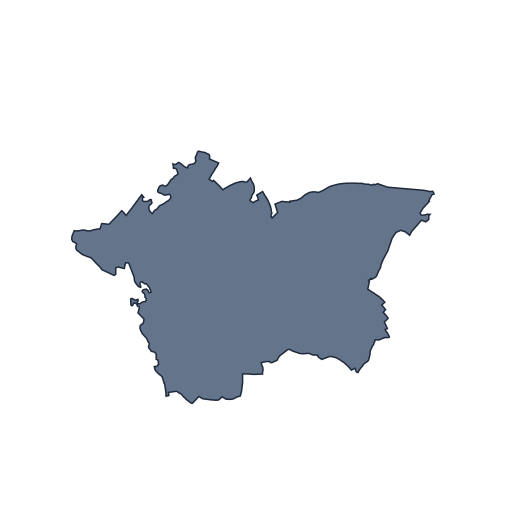 outline of Secuieni, Harghita, Romania, rotated 131°
{"feature_id": "2599482B24162569897100", "entity_name": "Secuieni", "entity_type": "district", "adm_level": 2, "iso_a3": "ROU", "parent_name": "Romania", "parent_adm1": "Harghita", "projection": "orthographic", "projection_center": [24.945, 46.276], "detail": "fine", "context": "isolated", "style": "filled", "palette": "slate", "viewbox_px": 512, "rotation_deg": 131, "n_neighbors": 0, "source": "geoboundaries", "source_scale": "gbopen_adm2", "svg_char_len": 6141}
<svg xmlns="http://www.w3.org/2000/svg" viewBox="0 0 512 512"><g transform="rotate(131 256 256)"><path d="M290.9,138.5L283.6,134.6L281.9,132.3L280.1,128.6L279.3,124.4L278.7,119.5L278.9,112.8L279.6,109.2L275.7,107.6L277.4,105.1L277.5,103.5L277.0,102.5L275.4,103.0L271.8,103.5L269.0,103.4L266.9,103.8L262.3,102.7L261.0,102.7L258.5,103.8L255.7,105.3L253.3,107.1L251.6,107.9L248.7,108.7L245.3,109.3L244.2,110.0L242.8,110.1L241.8,111.0L241.1,111.1L238.4,107.8L235.8,106.8L232.5,104.8L231.4,103.3L230.6,102.5L229.7,102.2L229.4,102.4L227.8,106.5L227.4,108.9L226.8,110.3L224.6,109.2L222.6,113.6L221.7,115.7L221.3,115.9L219.0,115.5L216.2,115.5L215.7,118.4L215.4,119.6L215.0,123.1L211.5,123.0L211.0,125.4L210.5,129.0L208.1,128.6L206.3,128.5L205.9,134.1L205.9,136.5L207.7,149.9L200.9,153.7L200.5,155.2L198.2,154.0L197.7,154.7L197.3,154.4L197.7,153.7L197.6,153.4L195.7,152.6L194.2,152.1L192.7,151.8L191.5,152.0L187.8,153.3L182.6,154.6L180.8,155.8L175.3,157.7L165.4,160.0L153.1,165.0L146.3,165.8L141.7,163.6L139.8,159.2L139.5,153.6L135.5,154.6L120.4,154.6L118.8,150.2L115.7,149.6L114.8,149.7L112.3,152.0L110.4,152.0L112.4,154.4L114.6,155.7L116.4,157.7L116.7,158.6L115.8,160.4L110.3,161.3L101.0,161.0L101.0,161.8L94.5,163.4L92.3,162.3L91.2,165.0L93.2,166.9L95.8,171.6L97.0,173.4L117.5,201.5L118.3,203.2L121.7,211.8L122.0,211.8L124.0,212.9L125.0,214.6L126.2,214.8L126.9,215.5L127.4,216.9L128.1,218.2L129.5,219.9L130.6,221.5L131.6,223.6L132.2,224.4L133.3,225.5L136.5,229.6L141.6,235.3L144.2,237.9L147.6,240.9L153.9,245.2L156.7,246.5L161.7,248.1L166.1,250.0L167.5,251.2L168.8,253.4L170.3,255.2L173.2,257.5L177.9,259.2L183.1,260.0L187.0,261.7L192.6,266.5L193.2,265.8L197.9,272.4L204.4,275.7L209.0,268.2L216.7,268.8L216.0,271.1L213.2,272.2L212.1,273.9L210.9,275.1L209.5,277.0L208.5,278.6L206.2,283.5L204.9,287.2L204.6,288.7L203.0,293.3L209.6,295.4L210.7,292.9L212.0,291.0L215.3,292.5L217.5,293.0L217.7,294.3L218.2,296.9L217.3,297.5L214.9,297.7L214.4,298.2L212.8,298.9L209.1,299.4L207.6,300.3L205.1,302.6L204.2,303.9L203.5,305.0L201.9,309.3L200.8,311.3L205.8,311.4L206.6,311.7L207.0,312.0L208.2,314.6L209.7,316.2L214.5,319.5L220.1,322.0L226.5,324.2L227.8,324.4L227.2,329.1L226.7,337.5L228.2,337.6L228.8,341.8L223.5,342.9L217.8,343.7L217.3,344.0L214.0,344.2L210.3,345.2L213.3,354.8L212.1,355.5L210.4,357.3L210.3,357.7L210.4,358.9L211.7,363.2L212.3,363.8L214.5,368.1L215.2,368.3L216.2,368.3L218.0,367.4L220.4,366.9L221.6,366.3L222.3,365.7L223.5,364.0L224.3,363.4L225.0,363.2L226.9,363.3L228.5,364.3L230.2,365.9L231.1,366.3L232.0,366.4L233.3,366.1L234.3,365.4L235.2,367.2L235.6,369.5L235.5,372.7L235.8,374.7L236.0,375.3L236.3,375.9L236.9,376.2L238.2,376.2L239.5,376.7L240.5,377.8L241.0,379.1L244.0,375.7L243.0,374.9L242.6,373.7L242.9,372.5L243.2,371.8L244.7,369.6L245.2,368.7L245.8,368.7L249.5,369.8L251.7,369.5L253.4,370.1L254.7,370.2L259.5,369.5L261.7,369.8L262.7,370.2L263.2,370.7L263.4,371.4L263.4,372.3L263.7,373.0L265.2,374.0L266.4,374.4L267.5,374.4L271.1,373.2L271.8,372.5L272.1,371.6L271.9,370.5L271.3,369.5L270.8,368.2L270.3,365.6L270.0,364.9L269.4,364.3L266.6,362.1L266.2,361.3L266.3,360.5L267.0,359.5L267.8,358.7L268.8,358.3L271.2,358.4L272.5,358.7L273.6,359.2L276.6,359.8L280.8,361.5L281.9,361.8L285.3,361.6L288.2,362.4L289.4,362.4L291.8,362.0L292.2,362.6L292.2,363.3L291.7,365.9L291.3,366.9L289.6,368.8L288.9,369.3L287.9,369.6L285.1,369.2L284.0,369.5L283.6,370.1L283.4,371.1L282.6,371.4L282.3,371.7L282.3,372.3L282.8,372.9L284.1,373.4L284.9,373.3L286.0,373.8L287.6,375.4L288.7,377.0L288.7,377.8L288.4,378.2L286.4,380.1L285.9,380.2L285.5,379.3L285.3,379.2L284.8,381.8L284.8,382.5L300.7,381.2L310.7,380.6L309.9,384.9L309.9,387.1L315.5,387.1L328.4,387.8L328.7,388.0L332.2,393.0L332.6,393.6L332.9,393.7L337.9,391.5L339.8,393.5L342.2,395.3L346.4,398.1L347.0,399.0L347.9,400.0L348.1,400.9L349.3,402.9L350.7,404.4L352.4,405.6L355.0,408.0L356.1,409.8L361.4,408.0L362.5,407.4L364.3,406.0L365.0,404.5L365.3,403.6L364.7,401.7L364.5,400.1L364.7,399.4L365.0,399.0L366.6,398.4L368.3,397.1L369.3,395.0L369.1,393.8L368.9,388.4L367.1,383.0L366.0,380.6L365.6,378.2L366.4,371.1L366.7,366.5L367.4,363.3L363.8,350.4L361.9,349.8L356.9,354.1L354.4,352.6L354.1,351.4L351.8,347.2L348.6,349.0L346.6,349.9L344.8,347.5L352.2,333.6L352.9,333.2L354.8,330.9L355.7,327.8L356.1,325.8L356.0,323.9L355.3,322.5L354.5,323.0L353.5,325.2L352.3,325.7L351.0,325.7L350.2,324.9L350.0,321.6L349.2,320.9L348.9,319.8L349.9,315.4L350.8,313.9L351.4,312.5L352.1,311.6L353.0,311.8L353.9,312.6L353.6,313.5L352.9,314.6L352.8,316.0L352.9,317.2L355.6,319.0L357.1,318.9L357.8,318.0L357.6,316.3L358.0,314.8L358.8,313.8L360.0,312.7L360.0,311.6L360.5,310.5L361.7,309.7L362.9,309.7L364.8,311.2L366.2,311.9L368.1,312.2L369.1,313.4L369.2,314.6L368.8,315.3L367.6,315.4L366.6,315.9L366.2,316.7L366.8,317.2L368.2,317.5L368.6,318.5L369.4,321.8L370.3,322.4L371.1,322.0L374.8,318.5L375.2,317.8L374.9,316.9L373.9,316.7L371.9,317.4L370.9,316.5L370.6,315.1L370.9,313.9L371.7,312.3L370.9,311.3L371.1,310.4L376.4,307.7L377.0,299.4L378.6,298.1L380.8,297.0L384.4,297.8L386.9,295.9L388.4,292.9L389.2,290.7L389.6,287.5L389.8,285.1L390.4,283.4L391.5,281.4L391.8,279.5L392.9,278.5L394.9,277.7L395.9,276.1L396.1,274.2L396.6,272.9L396.2,271.4L395.7,270.8L395.2,270.0L395.3,267.6L396.0,266.5L399.4,263.7L398.9,261.6L401.5,258.6L403.8,258.5L404.7,258.7L405.5,259.4L405.9,260.1L406.3,260.2L406.8,259.2L407.4,258.7L408.3,257.0L408.6,254.9L408.9,251.2L408.6,249.3L408.8,247.4L412.3,241.9L412.1,241.6L414.1,239.1L417.6,235.0L419.3,233.3L420.8,232.0L418.5,230.2L416.4,232.6L410.2,227.2L409.9,225.7L409.9,224.1L409.2,222.2L409.7,218.9L410.0,214.5L409.6,208.3L408.8,207.3L399.5,207.0L398.7,202.6L394.5,196.2L391.2,191.7L389.3,189.8L384.4,189.1L384.1,186.7L383.8,184.8L381.4,181.7L379.4,179.8L377.5,178.8L375.7,178.3L371.9,176.0L367.2,178.4L360.0,183.3L353.9,188.7L350.4,184.9L347.0,180.2L340.8,173.6L339.7,174.6L337.6,175.8L335.8,177.5L334.0,180.9L332.9,182.1L329.0,179.0L326.8,176.7L327.0,175.3L326.0,174.0L321.0,171.7L316.3,172.7L305.4,170.5L304.4,169.2L303.8,166.2L300.9,159.1L299.0,156.4L295.2,152.7L294.3,151.3L293.6,148.4L290.5,144.6L291.1,143.4L291.3,142.0L290.9,138.5Z" fill="#64748b" stroke="#1e293b" stroke-width="1.5"/></g></svg>